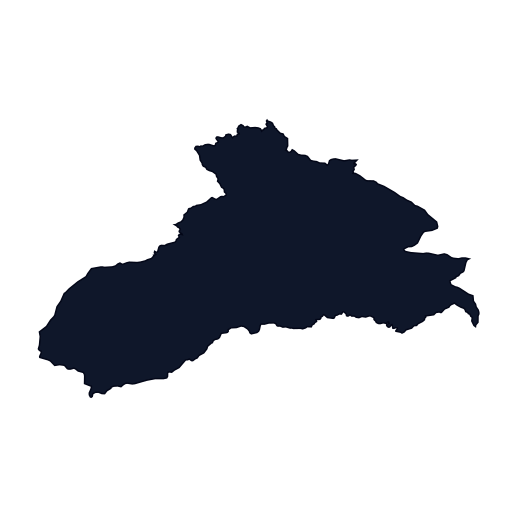 Sasaima, Cundinamarca, Colombia, rotated 88°
{"feature_id": "7082276B5066904917882", "entity_name": "Sasaima", "entity_type": "district", "adm_level": 2, "iso_a3": "COL", "parent_name": "Colombia", "parent_adm1": "Cundinamarca", "projection": "equal_earth", "projection_center": [-74.404, 4.947], "detail": "fine", "context": "isolated", "style": "filled", "palette": "ink", "viewbox_px": 512, "rotation_deg": 88, "n_neighbors": 0, "source": "geoboundaries", "source_scale": "gbopen_adm2", "svg_char_len": 6073}
<svg xmlns="http://www.w3.org/2000/svg" viewBox="0 0 512 512"><g transform="rotate(88 256 256)"><path d="M303.3,40.6L301.6,45.0L295.4,53.8L294.2,56.3L293.9,57.8L291.5,62.2L288.3,63.1L287.4,62.9L284.7,57.2L283.6,56.7L282.7,54.2L280.4,52.5L279.1,49.7L278.0,48.7L269.8,46.5L267.1,45.0L266.3,43.2L265.3,46.8L265.2,50.3L265.9,53.7L265.2,58.6L264.5,60.8L261.4,65.0L260.5,67.8L261.7,74.2L259.3,83.3L259.1,85.8L259.5,88.9L258.1,101.1L256.7,106.7L255.0,108.1L254.4,108.3L253.9,107.7L252.0,103.6L252.0,100.5L251.7,99.5L250.7,97.3L248.6,94.2L241.6,90.5L238.0,87.8L237.2,86.1L236.5,79.3L234.5,73.9L232.8,73.4L228.3,74.3L220.6,83.0L216.1,86.0L211.9,93.0L211.2,95.5L207.6,98.9L205.4,103.5L202.9,106.9L201.6,109.9L197.4,115.3L190.9,125.7L188.1,132.1L186.6,133.2L185.1,135.9L184.8,141.8L184.3,143.7L179.5,149.4L177.0,153.7L176.8,156.2L175.9,155.7L174.7,156.2L173.1,154.9L170.6,155.3L169.0,153.2L168.0,152.7L167.4,153.3L167.2,154.9L166.7,154.9L163.7,151.8L163.8,156.9L163.3,159.2L164.0,164.7L161.7,173.1L161.8,175.2L162.3,177.6L163.3,179.2L166.6,180.3L167.8,181.6L165.7,183.9L165.3,189.2L163.8,192.1L163.2,195.6L162.4,198.1L158.3,201.1L157.2,203.5L156.9,207.3L156.0,210.4L152.3,214.1L151.1,216.1L152.8,217.3L153.5,218.4L153.5,219.6L153.0,220.6L151.9,221.3L151.2,222.6L150.0,221.7L148.6,221.6L148.0,220.9L147.0,220.5L139.7,220.4L137.6,223.5L135.0,224.7L134.2,227.5L130.7,230.8L129.7,231.2L128.7,232.8L127.5,232.9L126.5,234.0L123.9,234.9L122.7,236.6L121.5,239.7L120.6,240.2L121.4,240.8L123.9,240.1L124.1,241.0L124.7,241.3L126.9,240.1L127.7,240.2L128.3,240.8L128.8,243.1L130.1,243.9L130.5,245.3L131.4,245.9L129.0,247.2L128.1,249.3L127.6,252.4L127.8,257.4L126.1,260.3L126.7,261.3L126.8,263.0L126.5,263.7L125.3,264.4L124.2,266.4L125.7,268.8L126.9,269.2L128.2,270.3L129.2,269.7L130.0,270.2L131.5,270.3L132.7,268.6L133.2,268.5L133.7,270.3L135.5,271.1L135.5,273.4L137.0,275.4L133.8,277.3L133.3,279.2L133.9,281.8L135.3,282.2L136.9,284.6L136.7,286.7L135.7,289.8L135.7,291.0L136.3,291.6L137.2,291.8L140.4,289.6L141.3,290.4L142.0,292.2L144.1,292.9L144.4,293.5L144.4,294.7L142.9,298.9L142.8,300.3L143.1,303.0L144.4,305.5L144.2,307.3L144.9,308.2L144.3,310.3L144.4,312.1L145.9,313.3L147.0,313.4L148.7,311.6L153.4,308.9L158.2,308.4L161.2,306.6L162.8,306.4L164.4,305.5L165.5,303.2L167.7,302.0L169.0,299.6L170.0,296.6L172.8,293.0L175.1,292.6L177.5,291.1L179.9,291.8L182.4,289.6L186.0,288.0L187.4,285.9L188.8,285.4L190.9,285.3L192.3,283.8L194.1,283.6L195.7,286.5L195.3,287.9L195.6,289.4L198.1,293.2L197.8,294.9L196.1,297.7L196.2,298.4L200.5,303.5L202.9,309.4L203.4,313.8L204.2,314.8L204.4,317.0L206.0,319.3L206.3,321.2L206.6,321.7L209.9,323.1L212.4,326.5L214.7,326.5L217.6,327.9L219.4,329.9L220.3,332.6L221.8,335.0L221.9,336.1L223.2,334.1L224.3,333.3L225.1,331.8L226.5,330.7L228.5,331.9L229.2,331.8L231.5,329.1L232.1,328.9L231.6,330.5L231.8,331.9L232.8,332.7L234.6,331.9L236.7,334.9L238.3,335.4L239.4,336.5L241.0,343.9L241.4,345.0L241.8,344.7L242.4,347.0L242.1,350.3L242.6,351.7L243.8,352.7L248.5,354.2L248.8,355.6L247.8,357.1L249.3,357.5L251.0,356.2L251.6,358.2L252.1,357.8L254.9,360.6L256.0,364.7L257.0,366.6L258.1,371.7L258.4,375.0L257.8,382.8L258.3,385.3L259.6,389.2L259.5,390.3L258.3,392.2L259.2,394.4L261.0,396.6L261.9,400.0L262.1,407.8L261.6,410.1L261.6,411.7L262.9,420.9L267.7,424.7L270.7,426.5L275.6,434.9L282.3,443.8L286.0,447.6L286.7,448.9L294.4,452.6L299.7,456.6L308.1,459.1L309.6,460.1L312.9,463.5L319.1,467.8L324.3,475.1L328.9,474.4L337.6,475.5L341.3,476.7L342.8,475.7L343.7,474.1L345.4,474.0L348.8,475.7L349.8,475.6L352.5,467.4L353.7,465.1L358.3,461.0L357.7,456.2L358.3,452.4L358.7,451.1L362.1,448.4L362.5,447.0L362.5,445.2L361.7,441.9L362.5,440.3L364.7,437.8L366.3,432.6L368.2,431.6L370.0,431.4L377.5,431.8L380.4,425.1L381.2,425.0L383.3,425.6L387.1,427.4L389.0,427.4L391.0,426.5L391.4,425.7L390.7,424.6L387.9,423.9L386.6,421.2L386.6,418.2L388.1,414.8L388.3,412.1L385.5,409.8L383.2,405.7L382.1,405.4L381.1,402.8L381.0,398.8L381.9,395.5L379.8,392.9L378.7,390.8L378.6,388.8L379.5,384.1L379.3,381.6L376.3,369.7L375.0,361.2L375.3,352.9L374.7,349.5L373.2,348.6L369.7,348.4L369.1,348.0L368.8,346.7L369.2,344.3L367.1,341.5L364.8,336.8L357.7,330.3L357.3,329.4L357.3,327.8L356.6,326.3L358.3,324.1L358.4,322.9L356.6,320.3L355.8,318.3L353.4,316.5L351.0,311.6L347.1,308.4L344.6,307.6L341.4,303.6L341.1,302.6L339.7,302.1L338.4,300.7L338.0,300.0L337.5,297.1L336.2,295.4L332.4,293.6L332.0,292.9L331.6,288.4L331.2,287.1L330.1,286.3L328.9,286.6L326.9,283.5L326.8,278.0L325.4,273.4L326.0,270.5L328.6,266.9L330.7,265.3L332.6,264.7L333.6,263.4L332.5,257.8L331.3,256.1L329.6,255.2L325.6,254.2L324.2,253.3L324.4,250.0L323.4,245.6L323.5,240.2L324.4,238.5L326.3,237.5L326.8,236.6L326.8,234.3L328.0,231.7L327.8,228.6L329.2,224.5L329.2,222.7L329.7,221.0L329.8,214.1L330.4,211.9L329.5,208.9L328.4,207.4L328.7,203.2L326.8,202.3L325.8,200.3L324.5,199.5L323.6,197.8L321.7,198.3L321.5,194.4L320.6,193.5L319.3,193.2L318.4,191.6L317.0,190.6L317.1,189.9L320.0,186.8L321.0,181.0L320.6,180.0L318.2,178.8L317.9,177.0L316.8,174.9L317.0,172.6L315.0,171.3L314.7,170.4L316.8,168.0L318.8,167.6L319.2,166.9L319.1,165.7L318.0,164.1L319.4,162.4L319.4,159.8L320.7,158.0L321.2,155.3L320.1,152.3L320.8,148.5L319.8,145.0L319.9,143.6L321.7,140.3L323.7,140.2L325.3,138.6L326.6,138.1L327.7,136.1L327.9,134.4L327.2,131.2L327.9,128.1L326.7,126.9L326.6,125.8L328.1,125.4L328.7,127.2L329.4,127.9L330.3,127.7L331.5,126.6L331.8,125.7L331.6,124.9L329.4,123.0L329.3,122.4L333.0,121.7L333.1,120.8L332.5,118.6L333.0,117.3L333.9,117.3L335.5,118.8L336.1,118.8L337.2,114.1L338.1,112.8L337.1,110.6L335.0,108.6L333.5,103.0L331.2,100.7L331.0,97.9L329.4,96.6L327.2,91.9L325.6,89.9L324.2,89.7L322.8,88.4L321.8,88.6L320.9,80.4L318.8,78.2L318.6,77.3L318.3,74.7L318.9,73.6L318.9,72.7L315.5,69.4L313.9,65.1L312.3,64.0L311.3,62.5L310.4,60.1L309.8,59.5L312.1,56.7L314.3,53.0L315.5,50.1L316.7,49.0L318.9,48.3L319.8,46.4L321.0,45.8L321.6,44.3L323.6,43.5L325.0,42.0L328.5,42.6L333.0,40.6L334.2,39.1L332.5,38.8L330.0,36.5L323.6,36.2L321.7,35.3L320.0,35.3L317.8,35.8L314.6,37.8L311.8,38.3L308.7,40.3L303.3,40.6Z" fill="#0f172a" stroke="#020617" stroke-width="1.5"/></g></svg>